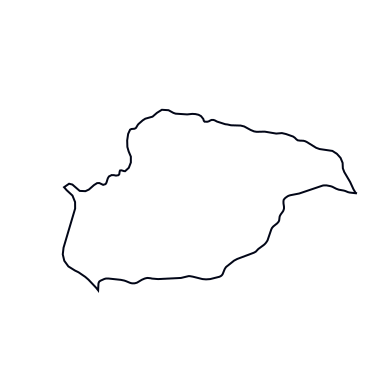 the border of Artigas, rotated 329°
{"feature_id": "URY-6", "entity_name": "Artigas", "entity_type": "Department", "adm_level": 1, "iso_a3": "URY", "parent_name": "Uruguay", "parent_adm1": "", "projection": "mercator", "projection_center": [-56.902, -30.588], "detail": "fine", "context": "isolated", "style": "outline", "palette": "ink", "viewbox_px": 384, "rotation_deg": 329, "n_neighbors": 0, "source": "natural_earth", "source_scale": "10m", "svg_char_len": 2422}
<svg xmlns="http://www.w3.org/2000/svg" viewBox="0 0 384 384"><g transform="rotate(329 192 192)"><path d="M90.9,121.6L93.3,124.0L96.3,133.2L101.1,136.4L104.9,136.8L111.5,135.6L115.2,135.5L117.2,136.6L119.5,140.1L121.9,140.7L123.4,140.0L126.9,136.9L128.8,135.9L131.8,136.1L133.7,137.3L135.3,138.8L137.6,139.7L138.8,139.3L140.7,137.0L141.5,136.5L142.7,137.1L144.6,139.2L145.4,139.7L150.3,138.7L154.8,135.2L157.8,130.2L158.6,124.6L159.8,120.1L163.0,114.4L167.2,109.3L171.0,106.7L172.5,106.8L175.4,108.2L177.0,108.2L180.0,106.6L181.0,106.2L186.6,105.2L189.7,105.1L197.0,107.1L202.7,106.1L208.5,106.0L214.0,109.8L216.8,114.6L218.3,116.4L227.8,123.0L232.5,125.2L235.1,127.0L237.4,129.2L238.8,131.6L239.3,135.2L238.8,137.0L239.0,138.2L241.4,139.7L242.9,140.1L244.4,140.1L245.9,140.3L247.5,141.3L248.4,142.3L249.7,144.5L255.4,151.0L257.3,152.5L259.8,154.9L267.9,160.1L270.5,162.7L274.2,169.0L276.4,172.0L278.4,173.7L285.4,177.7L294.3,185.3L299.4,187.8L302.4,190.7L307.2,196.5L308.1,198.5L308.5,200.3L309.2,202.1L310.9,203.5L313.8,205.4L315.1,206.7L316.1,208.2L321.2,218.1L323.5,220.9L333.5,229.1L335.9,234.0L336.9,239.3L336.1,244.6L333.5,249.4L332.8,253.3L332.7,264.9L331.8,273.0L331.8,276.9L332.6,278.1L326.8,273.6L325.6,272.4L324.0,270.2L322.9,269.0L319.0,265.6L317.3,263.5L315.0,259.8L313.9,258.5L310.8,255.7L308.3,254.2L307.3,253.8L283.1,248.5L274.6,245.4L273.4,245.1L271.9,244.9L269.1,245.1L267.6,245.5L266.5,246.0L265.9,246.7L265.4,247.4L264.5,249.0L263.4,251.7L262.5,253.3L261.9,254.0L260.6,255.1L259.9,255.5L256.5,256.9L255.0,257.8L254.3,258.4L252.2,261.1L251.5,261.7L250.8,262.1L249.0,262.7L243.9,263.4L242.1,264.0L240.7,264.9L231.8,272.4L230.4,273.1L228.7,273.8L226.8,274.3L219.5,275.0L215.9,276.0L213.7,275.9L196.4,272.7L192.7,272.5L182.7,273.8L181.7,274.2L180.2,275.0L176.1,278.1L175.3,278.5L174.4,278.8L173.4,278.9L171.9,278.8L162.7,276.0L159.0,274.1L156.1,272.0L149.1,265.0L146.8,263.0L145.6,262.3L138.3,260.0L118.1,249.2L113.1,245.6L112.2,244.7L109.7,242.8L108.5,242.3L106.8,241.8L103.7,241.4L98.3,241.4L97.0,241.1L95.5,240.6L93.7,239.5L92.7,238.6L92.0,237.8L89.4,234.3L88.3,233.0L85.7,230.6L75.9,223.2L73.8,221.9L72.1,221.4L67.9,220.9L66.4,221.0L65.3,221.7L64.6,222.4L60.9,227.9L60.5,224.7L59.5,220.1L58.1,213.8L56.8,209.8L53.4,202.4L51.2,199.0L47.7,192.1L47.1,185.2L49.1,178.9L53.2,173.6L83.3,146.0L86.6,140.4L87.7,133.5L85.5,125.9L84.8,122.0L90.9,121.6Z" fill="none" stroke="#020617" stroke-width="2"/></g></svg>